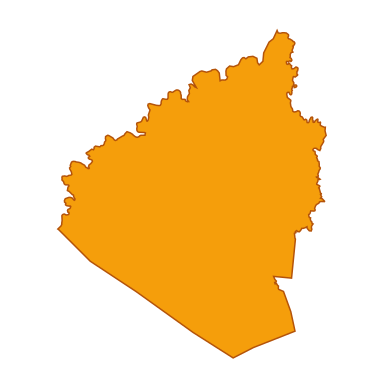 outline of Santa Catarina Loxicha, Oaxaca, Mexico, rotated 182°
{"feature_id": "50627088B46665345239185", "entity_name": "Santa Catarina Loxicha", "entity_type": "district", "adm_level": 2, "iso_a3": "MEX", "parent_name": "Mexico", "parent_adm1": "Oaxaca", "projection": "albers", "projection_center": [-96.724, 16.067], "detail": "fine", "context": "isolated", "style": "filled", "palette": "amber", "viewbox_px": 384, "rotation_deg": 182, "n_neighbors": 0, "source": "geoboundaries", "source_scale": "gbopen_adm2", "svg_char_len": 5935}
<svg xmlns="http://www.w3.org/2000/svg" viewBox="0 0 384 384"><g transform="rotate(182 192 192)"><path d="M323.9,149.7L291.2,119.2L244.6,90.7L185.9,51.6L145.1,27.6L125.2,38.7L84.2,56.5L89.1,75.9L97.1,95.8L101.9,97.7L102.4,98.7L102.3,101.0L103.3,101.8L104.4,103.5L105.7,103.1L106.2,104.5L105.1,104.7L104.6,105.9L106.2,107.6L107.5,110.5L89.5,109.4L87.0,148.6L87.5,149.4L88.2,154.3L86.8,154.9L86.7,155.3L87.3,155.8L87.3,156.1L86.0,157.1L85.1,156.1L83.3,156.0L82.1,157.4L81.0,159.5L79.8,159.5L77.7,160.2L75.9,161.3L75.6,159.6L73.4,157.3L71.5,157.2L70.9,159.1L71.4,160.2L71.3,162.2L69.9,164.3L70.9,164.7L71.2,166.3L71.8,166.7L72.6,168.1L72.8,169.2L72.6,170.3L73.8,170.6L74.4,172.0L74.6,173.6L73.8,174.0L73.2,175.0L72.7,177.3L69.5,177.2L68.5,177.6L68.3,178.4L68.9,180.0L67.8,183.0L66.6,184.2L65.2,185.0L64.6,185.6L64.2,186.6L62.4,187.0L59.4,187.0L59.2,187.4L61.6,189.8L63.4,190.3L62.2,191.7L63.5,193.9L62.7,194.5L62.7,194.9L63.5,195.3L65.1,200.4L65.5,200.6L64.4,202.2L64.6,202.6L67.6,204.0L67.6,204.9L66.6,207.2L66.4,209.3L65.0,208.9L64.4,209.2L66.5,210.7L68.0,210.9L68.2,211.3L66.6,211.7L66.3,212.5L66.9,214.3L66.1,216.3L65.7,218.1L64.8,219.4L64.6,220.5L65.8,222.2L65.8,224.2L66.2,226.8L67.6,227.6L67.7,228.9L68.7,230.7L68.1,231.9L68.3,232.5L70.1,233.9L70.5,236.8L72.1,237.4L72.7,238.4L72.0,239.6L71.1,240.0L69.8,240.0L68.8,239.8L68.4,239.0L65.7,237.9L64.8,239.9L65.0,241.7L62.2,246.8L62.2,247.8L62.7,249.2L59.9,253.2L61.2,257.8L61.0,261.4L62.0,261.3L65.0,262.5L66.2,263.4L66.0,266.0L66.2,266.3L67.3,265.9L68.2,266.0L68.8,266.4L68.7,269.0L68.9,269.2L69.3,269.2L71.3,267.6L72.1,266.0L72.8,265.8L73.6,266.3L73.4,267.1L73.6,267.9L74.2,268.5L73.9,270.3L74.5,271.1L75.3,270.9L75.7,270.7L77.3,267.5L77.3,266.5L77.8,265.7L78.4,265.3L79.4,265.5L79.8,267.9L80.9,268.7L82.2,268.0L82.8,268.2L84.0,270.2L84.7,271.0L86.1,271.4L86.7,272.5L86.5,274.3L86.9,275.7L87.9,276.7L89.1,276.9L90.7,275.9L92.7,275.5L94.1,276.2L94.5,278.4L96.1,280.8L96.3,281.6L96.8,284.5L96.4,286.7L96.6,287.3L100.0,289.8L100.8,293.2L100.6,294.2L99.7,295.0L98.5,295.0L97.7,293.2L96.9,292.6L96.5,292.6L95.9,293.2L95.6,294.6L95.9,295.8L95.3,297.2L95.9,297.8L95.9,298.8L95.5,299.2L95.3,301.1L94.6,301.5L93.6,300.8L93.5,299.9L92.7,300.0L92.4,300.4L91.8,300.4L91.2,301.0L91.0,301.6L91.4,302.4L92.6,302.6L93.8,302.2L94.2,302.6L94.0,304.6L95.4,306.9L95.4,307.7L94.9,310.5L94.5,310.9L92.9,310.5L90.7,312.3L90.5,312.7L90.6,313.0L91.1,313.3L91.3,313.9L91.3,316.3L90.7,316.7L90.5,317.9L90.4,319.3L90.6,319.7L91.0,320.1L91.6,320.0L92.4,320.6L94.6,318.8L96.3,318.5L97.1,320.2L96.8,321.6L98.2,322.6L99.0,323.8L99.6,324.3L100.0,324.1L100.2,323.3L100.6,322.9L101.2,322.9L101.8,323.3L102.2,324.5L102.2,325.5L101.8,325.9L100.4,325.7L98.6,326.6L98.0,326.3L97.8,325.9L97.4,326.1L96.8,327.1L97.0,327.9L97.7,329.1L98.8,329.7L98.5,331.1L98.7,332.8L97.9,334.6L96.9,335.2L96.1,335.2L96.1,335.5L96.7,336.4L96.9,337.2L96.0,339.6L95.8,341.2L96.2,341.4L94.8,342.8L94.4,344.4L95.1,345.6L96.3,345.9L96.7,346.7L99.5,348.3L100.7,348.5L101.3,349.1L101.5,350.1L100.9,351.3L101.1,352.6L103.3,354.2L105.7,354.4L107.3,354.3L109.3,353.7L111.5,354.0L112.6,356.4L116.1,348.0L120.2,344.5L125.2,333.5L125.7,325.1L129.3,321.4L131.0,323.5L131.8,327.9L135.8,329.7L140.4,329.0L142.8,327.0L144.7,328.2L146.2,327.8L147.7,326.0L150.0,320.8L154.8,318.7L158.8,319.2L161.8,316.3L162.3,314.0L162.0,309.7L160.4,308.3L161.2,306.0L162.7,305.0L166.1,305.0L167.8,304.1L168.9,311.8L170.7,314.1L172.8,315.4L176.2,314.8L177.2,313.7L181.6,312.2L186.4,313.3L188.2,312.7L195.1,307.5L195.6,303.5L191.3,296.5L193.1,297.3L194.6,298.9L196.7,299.9L198.7,299.2L197.3,296.1L198.7,293.4L198.0,290.3L199.8,287.1L200.0,284.2L198.8,282.5L200.0,282.7L199.0,282.3L199.3,282.0L200.6,282.3L201.6,282.9L202.1,284.2L203.1,284.4L204.9,284.2L206.0,285.0L206.2,288.3L206.9,290.1L206.9,291.2L207.6,292.2L208.9,293.2L210.6,293.5L211.8,293.1L214.8,291.0L215.6,290.9L217.0,291.5L218.3,291.2L219.1,290.2L219.3,289.2L219.2,285.1L219.9,283.8L221.4,283.7L224.4,284.2L225.0,283.6L225.8,281.9L226.0,280.3L225.9,279.3L226.7,277.5L227.8,277.2L230.7,277.4L237.3,278.9L238.9,278.3L239.2,276.8L238.3,274.6L236.8,272.5L238.3,267.4L237.8,265.2L238.3,262.5L239.0,261.3L239.7,261.4L240.9,264.9L242.0,265.4L243.2,265.0L244.8,261.1L245.8,260.2L249.0,259.2L249.6,258.8L249.7,257.8L249.0,255.7L249.4,253.3L249.2,251.7L248.5,250.5L247.3,249.9L241.6,249.8L240.6,249.4L241.0,247.1L245.1,246.9L246.2,246.3L247.0,245.4L248.8,244.7L250.6,245.3L252.7,246.8L253.4,247.6L255.9,249.0L259.1,250.0L260.9,248.0L262.0,246.1L263.4,245.5L268.4,242.3L268.8,241.5L270.4,240.8L271.4,241.3L273.0,243.3L277.3,245.6L278.4,245.7L280.3,244.4L280.4,242.1L280.0,241.2L280.1,240.1L281.2,238.7L281.3,237.4L282.1,235.7L283.2,235.2L284.5,235.2L285.7,233.9L290.1,234.5L291.4,233.3L291.3,232.2L291.9,230.8L293.7,231.3L296.5,229.0L299.0,227.5L299.1,226.9L297.8,225.6L296.1,225.1L295.4,224.1L296.8,223.1L296.7,222.0L295.6,221.2L294.1,220.9L293.1,220.4L292.7,219.6L292.6,219.0L294.1,216.9L295.8,215.5L296.3,213.8L295.5,212.3L295.8,211.8L296.7,211.8L297.8,212.6L298.9,212.9L300.3,215.0L303.0,216.4L304.0,217.1L306.0,217.7L308.9,218.0L309.8,218.4L311.5,218.5L312.7,218.2L313.5,217.5L314.6,214.4L314.1,213.2L315.2,211.8L315.0,210.8L313.3,208.0L312.7,205.4L313.6,204.6L315.9,204.2L316.8,203.5L318.1,203.2L319.7,203.6L322.1,203.2L322.5,202.3L322.3,200.6L322.4,199.6L322.2,199.2L320.8,198.0L320.0,195.7L318.9,194.8L315.9,194.7L315.3,194.3L315.3,193.5L316.1,192.5L316.6,189.1L314.7,188.2L311.5,185.2L310.4,184.8L309.9,182.8L308.7,181.0L308.8,180.0L309.4,179.6L311.7,181.9L313.6,182.4L314.9,182.3L318.4,180.9L319.2,179.0L319.0,177.4L317.9,176.7L317.7,176.2L318.0,175.6L317.9,174.7L316.6,173.9L314.1,173.6L313.4,173.8L312.7,173.4L313.0,172.1L313.5,171.2L315.4,170.2L315.8,169.1L315.3,167.5L314.4,167.3L314.1,166.1L314.6,165.2L315.7,164.8L317.2,164.7L318.6,165.5L319.8,165.3L320.7,164.7L321.2,163.8L320.8,158.9L321.1,156.2L321.0,155.1L321.8,153.4L324.8,150.3L323.9,149.7Z" fill="#f59e0b" stroke="#b45309" stroke-width="1.5"/></g></svg>